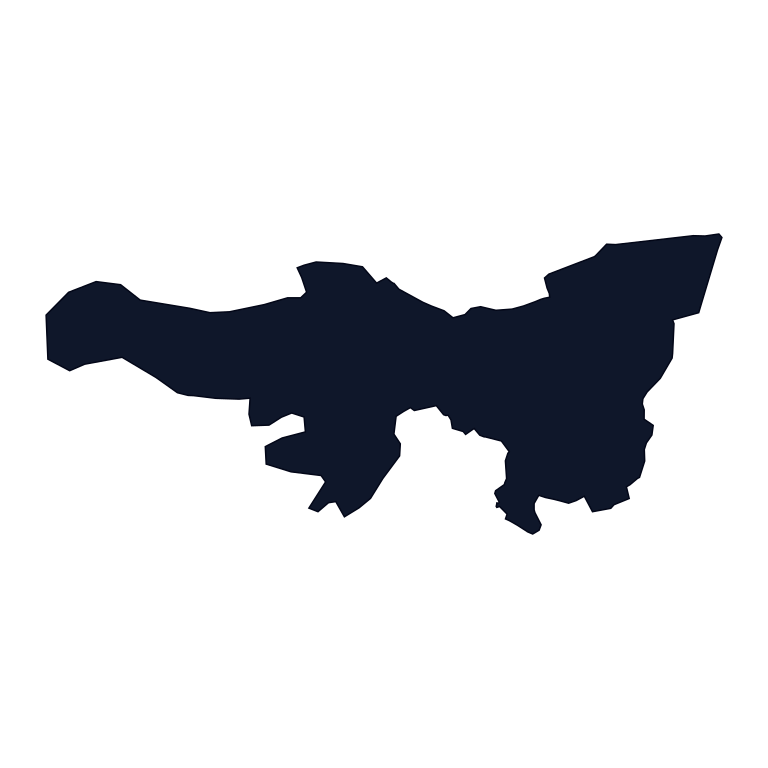 the district of Itesiwaju, Oyo, Nigeria
{"feature_id": "59680162B74485110483501", "entity_name": "Itesiwaju", "entity_type": "district", "adm_level": 2, "iso_a3": "NGA", "parent_name": "Nigeria", "parent_adm1": "Oyo", "projection": "orthographic", "projection_center": [3.357, 8.23], "detail": "fine", "context": "isolated", "style": "filled", "palette": "ink", "viewbox_px": 768, "rotation_deg": 0, "n_neighbors": 0, "source": "geoboundaries", "source_scale": "gbopen_adm2", "svg_char_len": 2130}
<svg xmlns="http://www.w3.org/2000/svg" viewBox="0 0 768 768"><path d="M344.4,516.8L359.1,507.8L370.5,498.4L382.9,478.4L399.6,455.9L400.3,443.8L393.9,434.1L396.1,416.3L403.5,411.5L410.4,407.6L414.3,410.5L432.4,406.5L436.3,405.6L443.6,414.7L445.9,415.5L448.1,415.2L451.0,419.9L452.4,428.3L463.2,431.5L465.6,434.4L472.9,429.3L474.2,428.5L479.8,435.2L484.2,436.9L485.0,436.8L501.4,441.0L509.3,451.7L507.9,453.2L505.4,460.8L506.6,478.6L504.9,482.5L504.3,484.6L495.6,490.7L494.8,493.5L499.3,502.2L498.7,503.1L496.8,503.0L496.8,503.7L496.2,506.4L496.8,507.4L499.6,506.5L507.1,514.1L505.5,518.9L509.3,520.6L517.0,525.0L527.2,531.5L527.3,531.7L532.7,534.0L539.1,530.2L541.1,524.8L534.9,512.6L534.1,509.7L534.1,503.5L538.7,495.4L538.8,495.3L545.5,497.5L554.0,499.3L560.3,500.9L568.6,503.2L576.1,500.6L584.3,496.2L592.5,511.7L610.8,508.3L614.0,504.7L629.2,498.5L626.4,486.8L630.0,484.7L637.5,478.4L639.5,477.4L644.7,461.0L644.3,449.5L646.4,442.9L651.9,435.0L653.2,425.4L644.1,419.2L644.2,409.8L642.3,404.0L642.9,398.7L647.1,392.0L660.3,378.3L672.1,358.1L672.6,353.5L674.0,323.7L672.5,319.9L698.7,312.7L701.7,302.6L717.6,249.6L721.9,237.5L718.9,234.0L705.1,236.0L693.3,235.7L615.6,244.6L606.6,244.2L595.3,256.0L595.0,256.1L594.8,256.5L548.9,274.1L544.5,278.0L547.1,288.1L549.3,293.4L549.7,297.2L544.2,298.3L540.7,299.4L535.2,301.7L523.5,306.0L512.1,309.1L495.9,310.3L480.6,306.7L471.0,308.5L465.0,314.6L453.0,317.8L444.1,310.8L431.6,306.1L422.9,302.3L398.9,289.2L394.0,283.4L393.3,283.3L391.4,282.1L386.3,277.9L376.6,283.1L362.5,266.8L343.0,263.5L316.1,262.0L304.1,265.2L297.2,267.8L301.7,277.5L306.6,292.2L300.7,297.8L287.6,297.8L264.3,304.6L229.5,311.8L210.0,312.7L189.8,308.3L140.2,300.1L120.6,284.7L96.1,281.6L68.6,292.3L46.1,315.1L47.9,359.2L69.7,370.7L84.6,364.2L122.1,357.3L155.9,377.4L177.4,392.7L188.1,395.4L193.5,395.6L215.8,398.3L239.1,399.1L250.1,398.2L249.0,414.2L251.7,425.7L269.0,425.1L281.4,417.2L291.7,413.0L304.1,417.0L305.4,431.9L282.1,438.0L265.3,446.6L266.2,464.1L291.0,471.8L321.1,475.5L325.6,481.9L308.9,508.1L318.0,511.7L328.5,502.7L335.8,501.6L344.4,516.8Z" fill="#0f172a" stroke="#020617" stroke-width="1.5"/></svg>